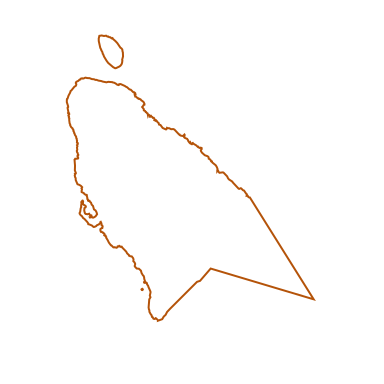 outline of North Malaita, Malaita, Solomon Islands, rotated 13°
{"feature_id": "97153195B19002980300101", "entity_name": "North Malaita", "entity_type": "district", "adm_level": 2, "iso_a3": "SLB", "parent_name": "Solomon Islands", "parent_adm1": "Malaita", "projection": "natural_earth1", "projection_center": [160.61, -8.382], "detail": "fine", "context": "isolated", "style": "outline", "palette": "amber", "viewbox_px": 384, "rotation_deg": 13, "n_neighbors": 0, "source": "geoboundaries", "source_scale": "gbopen_adm2", "svg_char_len": 5906}
<svg xmlns="http://www.w3.org/2000/svg" viewBox="0 0 384 384"><g transform="rotate(13 192 192)"><path d="M187.9,325.0L191.6,322.6L192.5,319.7L193.9,317.7L194.7,314.5L196.9,310.7L217.1,278.4L219.8,276.8L227.4,262.4L334.7,269.2L249.6,184.3L248.5,184.4L247.9,184.1L247.1,183.1L246.7,183.1L246.1,183.4L246.0,181.9L245.3,181.6L242.4,178.9L241.3,178.8L239.1,177.4L238.5,177.4L237.4,178.3L236.7,178.3L229.3,173.3L229.0,172.8L225.1,171.4L223.8,170.3L222.8,168.9L218.5,166.1L217.7,165.9L214.4,167.1L213.4,166.4L212.6,165.3L212.2,165.1L211.9,165.8L211.7,164.9L211.8,164.1L211.4,163.3L210.3,161.8L209.1,160.6L205.4,158.8L204.7,158.3L204.6,157.7L204.1,157.5L203.6,157.7L202.6,156.3L200.8,155.8L200.4,154.5L199.9,154.0L198.9,153.6L196.2,153.3L192.8,151.4L191.5,150.1L191.2,149.4L191.8,147.9L191.4,146.9L190.3,146.9L189.8,147.4L188.8,147.2L187.9,146.5L187.6,146.8L185.6,145.6L182.4,144.6L181.7,144.0L181.4,144.2L181.6,145.0L181.2,145.5L179.2,145.0L179.0,144.8L179.2,144.4L179.0,144.0L178.6,144.6L178.4,144.5L176.9,143.2L176.8,142.8L175.3,141.3L172.9,140.9L172.1,140.5L172.1,139.0L172.0,138.0L171.7,137.7L170.6,139.5L168.4,139.6L167.2,139.3L167.0,138.8L166.2,138.7L160.8,135.1L159.5,134.9L157.6,135.5L155.4,135.0L153.8,135.3L153.2,135.1L152.9,136.7L152.4,136.9L149.0,136.2L146.2,133.8L144.7,133.7L144.0,132.3L142.7,131.7L141.8,130.8L141.4,130.6L141.0,130.8L140.7,130.1L140.3,130.1L139.7,130.6L139.1,130.5L139.1,129.6L138.7,128.8L138.0,128.3L137.2,128.6L136.3,127.8L135.6,127.7L135.1,127.2L134.6,128.0L134.1,128.1L134.0,127.2L133.7,126.9L132.3,126.4L132.0,126.5L131.9,127.3L131.0,125.4L130.4,125.3L129.3,124.4L128.9,124.5L128.1,123.6L126.7,123.3L126.4,122.1L124.3,120.4L125.3,118.5L125.3,117.9L126.0,117.6L125.9,116.9L124.8,115.4L123.4,114.6L122.0,114.1L121.2,113.4L119.8,113.0L119.5,113.3L118.8,113.2L118.3,112.7L117.9,112.8L115.6,111.5L115.2,111.7L114.4,110.4L113.9,109.2L114.0,108.9L114.7,109.0L114.4,108.4L113.2,107.8L112.2,107.9L109.3,106.1L108.0,106.1L105.1,104.5L103.6,104.2L102.8,103.8L98.2,102.9L96.8,103.3L96.7,104.1L96.2,104.4L94.5,104.1L93.4,103.5L91.4,103.0L90.4,103.1L89.6,102.9L85.6,103.5L83.9,104.4L82.8,104.4L80.3,104.5L78.5,104.3L75.9,104.5L73.7,104.2L72.7,104.5L71.1,104.2L69.0,104.5L66.5,104.1L64.2,104.6L62.7,104.5L61.7,105.0L61.0,105.7L60.0,106.1L59.5,105.9L58.8,106.2L58.0,106.7L57.9,107.5L57.0,108.0L56.3,109.2L54.8,110.4L54.2,111.3L54.4,112.3L55.0,112.9L55.1,113.6L54.9,114.7L53.7,115.9L51.6,120.2L51.0,120.9L50.9,122.6L50.0,125.9L49.7,129.1L49.3,129.4L49.3,130.2L49.8,132.6L52.0,136.3L52.2,137.2L51.8,137.6L51.9,138.2L53.7,142.2L53.4,142.9L53.7,143.3L54.6,143.1L54.9,143.9L54.4,145.5L55.2,146.2L55.3,147.4L55.9,147.8L56.1,149.3L57.3,152.6L58.2,153.7L58.3,154.4L59.7,156.0L61.2,156.8L61.3,157.2L62.2,157.8L62.7,158.6L62.6,159.1L63.8,160.5L64.0,161.2L64.4,161.4L65.0,162.6L66.6,164.1L67.1,165.5L67.7,166.0L68.0,167.2L68.4,167.6L68.7,169.5L69.6,169.9L69.8,170.2L69.9,170.9L69.5,171.2L69.7,171.9L69.4,172.3L70.1,173.3L69.9,174.5L70.7,176.6L70.5,177.9L71.1,179.1L71.9,179.8L72.2,180.8L72.9,181.4L72.9,181.7L72.3,182.5L72.5,183.3L73.2,183.8L73.5,184.6L73.4,185.0L72.5,185.4L70.7,185.9L70.6,186.7L70.3,187.0L72.1,192.7L73.0,197.3L74.6,199.7L74.6,200.0L73.8,200.6L74.2,201.4L74.0,202.2L74.8,203.9L75.5,204.6L76.0,206.5L78.7,210.2L80.6,210.4L82.4,211.0L83.9,212.0L83.5,213.3L84.2,214.0L84.2,215.9L84.5,216.9L86.8,217.4L87.4,218.0L88.8,218.6L89.7,218.7L90.0,218.5L90.3,218.7L90.4,219.7L91.1,220.7L91.6,222.4L92.3,222.7L92.6,223.8L93.2,224.0L93.7,223.6L94.1,223.6L94.8,224.5L96.0,225.1L97.0,226.8L98.7,227.9L100.4,231.0L102.2,231.7L103.6,233.3L104.5,235.0L103.5,237.4L102.2,238.7L101.3,239.3L100.1,238.8L99.2,239.5L98.2,239.8L98.0,239.5L99.2,239.0L99.6,238.1L99.2,237.4L97.6,237.4L96.7,236.3L95.1,237.2L93.2,237.3L92.4,236.7L91.2,234.4L90.8,231.9L91.7,230.9L91.9,230.3L91.8,230.0L91.3,229.4L88.4,228.5L88.2,228.0L88.3,227.4L88.1,226.7L87.8,226.5L88.0,225.7L87.5,225.0L87.2,225.0L86.4,226.6L86.4,226.9L86.8,227.4L87.1,230.8L87.5,231.5L87.2,233.0L87.5,236.4L87.2,237.8L87.4,238.4L88.8,239.7L90.2,240.3L91.7,241.8L93.2,242.4L96.6,244.7L97.9,245.9L98.2,246.7L99.3,246.7L102.1,247.2L103.7,248.1L104.2,248.2L105.0,247.8L106.3,246.8L106.9,245.7L108.6,244.5L109.0,243.6L109.8,242.9L109.5,241.9L109.8,241.6L110.8,242.9L111.3,244.6L112.2,244.9L112.7,245.8L112.7,247.2L112.3,247.2L112.2,247.5L111.2,248.5L111.1,249.0L111.5,250.4L112.4,251.4L113.1,251.1L114.3,251.8L114.7,251.6L116.2,252.6L116.2,253.9L116.5,254.0L116.9,253.7L117.6,253.9L117.7,254.6L118.6,255.2L118.7,255.9L120.6,257.8L122.4,260.0L125.0,262.2L125.4,262.1L127.8,263.6L128.5,263.6L129.0,263.2L131.0,263.3L131.7,262.7L131.8,261.7L132.7,261.5L133.2,260.8L133.5,260.8L134.0,261.4L135.0,261.5L135.5,261.1L135.9,261.1L136.2,261.6L141.3,264.9L142.6,266.4L145.0,267.8L145.0,268.2L146.2,268.5L147.8,268.3L149.6,269.8L150.2,270.9L150.4,272.6L151.7,273.4L152.7,274.6L152.9,275.5L152.8,276.9L153.0,277.4L155.3,279.0L157.5,278.7L159.9,280.1L161.1,282.3L162.9,284.2L163.9,284.8L164.7,286.3L165.0,287.4L166.3,289.5L166.2,290.1L165.5,290.6L165.6,290.9L166.0,291.2L166.8,291.1L167.1,290.6L167.9,290.5L168.3,290.7L168.7,291.3L169.0,292.1L170.3,293.2L170.9,294.3L173.9,298.3L174.2,299.3L174.2,302.4L175.2,303.9L174.5,306.2L175.7,314.3L176.5,316.2L177.0,316.7L177.5,318.4L179.3,320.4L180.1,320.9L180.4,321.6L180.8,321.9L181.1,322.7L181.8,322.8L182.9,324.1L183.6,324.2L184.4,324.0L184.9,323.1L185.2,323.1L187.9,324.7L187.9,325.0ZM94.8,81.9L94.6,79.6L94.2,78.9L94.3,75.4L93.2,71.4L92.8,70.9L92.0,68.8L90.9,67.9L89.8,67.5L85.7,63.7L83.5,62.2L80.5,60.6L79.9,59.9L79.1,60.4L77.6,59.6L76.5,59.8L75.3,59.3L74.6,59.6L73.2,59.0L71.1,59.8L68.8,59.8L66.6,60.7L66.6,63.5L67.2,65.9L70.2,72.2L71.5,73.7L71.7,74.3L73.1,75.7L74.0,77.5L74.5,77.8L75.8,79.8L79.2,83.3L81.3,85.1L87.1,88.1L89.3,88.7L90.2,88.3L93.0,86.1L93.9,85.0L94.6,83.5L94.8,81.9ZM165.8,298.7L166.0,297.9L165.3,297.5L164.8,298.0L164.7,298.3L165.2,298.8L165.8,298.7Z" fill="none" stroke="#b45309" stroke-width="2"/></g></svg>